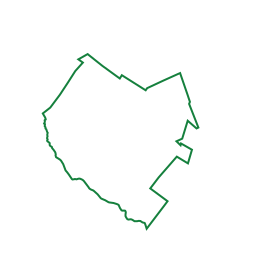 Addison, Vermont, United States of America (Albers equal-area conic projection), rotated 314°
{"feature_id": "52423323B4110590871178", "entity_name": "Addison", "entity_type": "district", "adm_level": 2, "iso_a3": "USA", "parent_name": "United States of America", "parent_adm1": "Vermont", "projection": "albers", "projection_center": [-73.298, 44.028], "detail": "fine", "context": "isolated", "style": "outline", "palette": "green", "viewbox_px": 256, "rotation_deg": 314, "n_neighbors": 0, "source": "geoboundaries", "source_scale": "gbopen_adm2", "svg_char_len": 1690}
<svg xmlns="http://www.w3.org/2000/svg" viewBox="0 0 256 256"><g transform="rotate(314 128 128)"><path d="M64.9,194.7L65.1,195.4L65.4,197.1L65.6,197.6L67.3,199.3L68.6,200.2L69.7,201.5L70.1,203.8L70.3,204.3L71.2,205.8L71.2,206.2L70.3,208.1L68.5,211.4L97.3,208.0L102.8,207.3L100.0,186.0L113.7,184.4L141.3,183.0L144.2,195.7L156.8,189.1L153.7,176.9L152.1,177.8L152.1,172.1L158.0,174.4L174.7,165.9L175.3,177.6L177.2,178.3L187.8,155.2L189.8,154.4L193.2,147.9L203.7,127.3L186.4,120.4L170.0,114.1L167.4,114.5L161.7,86.9L157.9,87.7L154.9,66.4L153.1,47.6L142.9,44.6L143.7,50.1L132.4,50.5L118.5,53.3L104.6,55.9L88.7,57.9L79.3,56.6L78.7,58.6L78.0,61.1L77.1,62.8L76.9,62.9L75.9,62.6L75.6,62.7L74.9,63.7L74.3,64.1L72.9,64.6L73.1,65.6L71.4,66.9L71.2,68.2L70.4,68.9L70.3,69.1L70.3,70.2L69.7,71.2L68.9,72.9L68.8,73.5L66.9,74.7L66.5,75.4L65.9,76.1L65.4,76.2L64.4,76.9L64.0,78.1L63.7,78.3L63.0,78.4L62.6,78.8L62.5,79.4L62.8,81.8L62.6,82.3L61.4,83.4L61.2,84.0L61.1,84.7L61.3,85.5L61.5,86.1L61.5,86.3L60.8,87.5L60.6,89.6L60.0,92.5L59.8,92.9L58.8,94.4L58.0,94.9L57.1,96.4L57.1,96.8L57.5,98.5L58.0,101.0L58.0,102.5L57.0,106.5L54.1,112.6L53.9,114.9L53.5,117.4L52.3,123.0L52.4,123.8L53.8,124.9L54.4,125.2L55.4,126.7L56.1,127.0L57.3,127.7L58.1,128.5L58.8,130.2L58.9,130.5L59.2,131.7L59.2,133.2L58.0,140.8L57.7,141.9L57.7,142.7L58.0,144.1L59.0,146.6L59.2,152.2L58.6,157.0L58.7,157.9L60.2,161.8L61.0,165.2L61.3,166.0L64.0,169.7L65.6,172.9L66.1,174.4L66.1,174.8L64.9,177.7L64.5,179.3L64.3,180.6L64.6,181.3L66.1,182.8L66.4,183.2L66.5,183.5L66.2,184.4L65.5,185.3L64.4,186.0L62.9,187.4L62.5,188.4L62.0,190.5L62.0,191.0L62.5,192.0L64.1,193.2L64.6,193.9L64.9,194.7Z" fill="none" stroke="#15803d" stroke-width="2"/></g></svg>